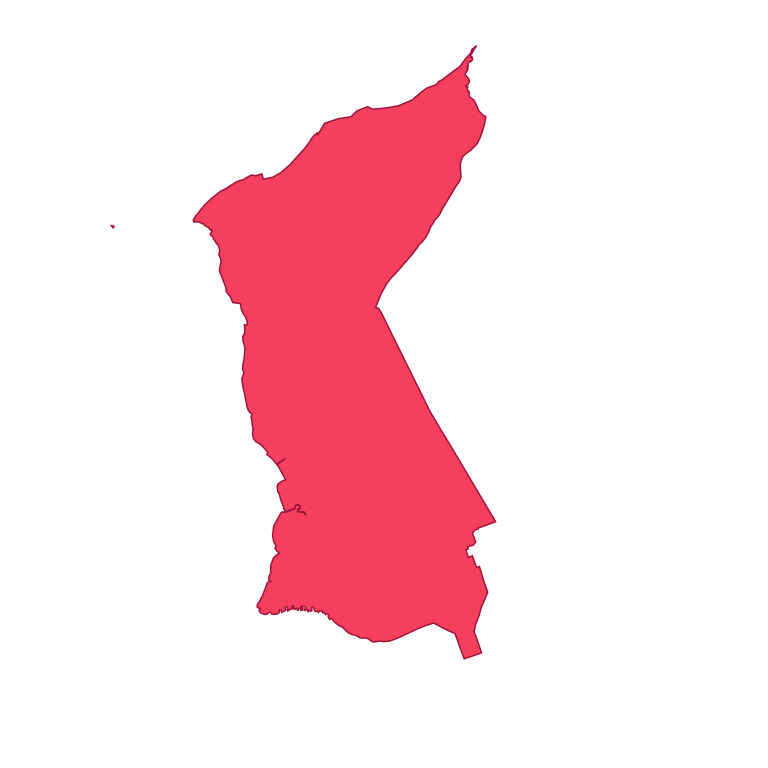 outline of Tanjung Jabung Timur, Jambi, Indonesia, rotated 250°
{"feature_id": "22746128B13468366985120", "entity_name": "Tanjung Jabung Timur", "entity_type": "district", "adm_level": 2, "iso_a3": "IDN", "parent_name": "Indonesia", "parent_adm1": "Jambi", "projection": "orthographic", "projection_center": [103.834, -1.266], "detail": "fine", "context": "isolated", "style": "filled", "palette": "rose", "viewbox_px": 768, "rotation_deg": 250, "n_neighbors": 0, "source": "geoboundaries", "source_scale": "gbopen_adm2", "svg_char_len": 6134}
<svg xmlns="http://www.w3.org/2000/svg" viewBox="0 0 768 768"><g transform="rotate(250 384 384)"><path d="M670.0,586.1L668.3,581.1L665.1,578.4L662.6,573.4L656.1,563.3L654.6,557.5L650.0,542.6L649.4,538.5L649.0,538.5L647.9,536.2L647.4,533.3L647.4,525.5L645.4,518.5L643.6,514.1L642.6,510.7L641.3,508.0L640.5,492.6L642.9,479.3L646.2,467.3L650.2,463.3L649.9,452.0L646.4,444.2L648.9,432.0L649.3,417.3L641.0,407.2L642.8,407.2L641.0,402.5L639.0,399.1L637.6,397.8L632.5,390.0L621.9,370.0L620.7,366.4L617.9,359.3L616.3,350.2L617.8,340.7L623.2,341.0L623.7,334.5L625.8,330.7L624.2,321.4L624.5,314.6L621.7,302.0L621.0,296.3L617.2,284.7L613.7,277.0L610.1,270.7L608.8,268.9L606.6,265.0L604.6,262.6L603.7,261.0L601.4,260.6L599.7,265.2L597.5,267.5L596.6,268.2L596.4,269.3L595.1,269.4L593.4,270.5L590.5,273.1L589.8,272.8L588.2,273.4L588.2,275.2L588.5,275.6L585.6,273.7L584.6,272.1L582.9,272.2L581.4,273.4L578.1,273.4L576.4,274.2L573.9,274.4L571.4,275.6L565.6,275.4L562.0,273.0L561.9,273.1L557.7,273.4L554.9,272.8L547.0,268.1L529.2,268.4L524.6,267.3L518.5,269.4L512.3,269.7L508.6,276.6L506.9,276.2L504.1,275.8L504.1,275.6L502.1,275.6L497.3,275.9L496.2,276.7L489.6,276.8L486.3,275.8L486.2,275.2L487.4,273.1L482.5,271.8L479.5,270.4L476.7,267.4L472.3,266.1L470.9,266.2L467.1,265.9L465.1,265.6L453.4,260.1L453.4,259.9L450.2,257.8L445.7,256.0L442.5,256.3L438.1,252.5L433.4,251.2L430.0,250.6L422.4,249.6L409.8,247.6L405.8,247.4L403.2,248.1L402.2,249.0L401.3,249.3L401.0,249.8L398.9,248.0L393.4,247.0L391.2,246.3L388.5,245.9L386.0,245.3L382.6,243.5L377.3,242.7L373.5,244.0L370.1,246.9L363.5,250.0L359.4,251.2L357.8,249.8L351.8,253.4L345.3,255.6L347.7,266.0L344.7,255.9L341.7,256.7L327.7,258.8L327.8,255.9L327.0,252.5L326.1,250.1L325.0,248.9L324.4,248.6L319.3,247.4L316.3,247.8L314.1,247.8L312.0,247.4L302.1,247.5L301.8,247.5L301.5,247.1L300.8,247.1L300.1,247.6L299.2,247.5L298.8,247.7L298.4,247.6L298.1,247.8L297.7,252.8L297.6,256.6L297.7,257.2L300.1,259.5L300.5,260.3L300.3,261.5L299.4,262.7L297.8,263.4L296.0,262.7L294.8,259.8L294.0,259.6L293.2,260.4L291.9,263.8L290.5,265.6L288.0,265.9L288.3,265.2L290.1,265.2L291.7,263.6L292.3,261.4L293.3,259.7L293.9,259.1L294.7,259.4L296.0,260.5L296.2,262.0L297.3,262.8L298.4,262.8L299.7,262.0L300.1,260.8L300.1,259.7L297.4,257.3L297.2,254.9L297.0,252.5L297.3,249.5L297.0,248.4L298.7,244.1L298.0,242.9L288.2,231.7L279.5,227.4L273.7,226.5L268.3,227.2L267.0,225.4L263.4,226.2L261.7,227.7L260.8,227.5L260.2,224.8L259.3,223.3L259.3,222.2L258.4,220.7L252.9,215.9L245.2,212.7L243.4,211.1L243.3,210.8L240.9,209.3L238.9,208.8L237.4,209.9L237.5,208.0L237.2,206.5L232.1,202.2L226.9,197.5L226.0,197.0L224.9,195.2L222.9,193.5L220.5,190.0L218.2,188.5L216.8,189.1L215.4,191.0L213.8,189.1L211.1,189.7L208.2,193.0L207.8,195.9L208.7,197.9L208.7,198.6L208.5,199.1L206.1,199.8L205.8,200.3L205.3,201.9L204.7,203.2L204.4,205.3L204.9,207.1L205.3,207.6L206.7,207.9L207.4,208.2L207.7,208.7L207.6,209.1L207.1,209.6L206.4,210.0L205.1,209.6L204.5,209.7L204.3,209.9L204.8,213.1L205.7,214.9L207.0,214.4L207.3,214.5L207.7,214.7L208.0,215.4L208.0,216.0L207.6,216.6L206.9,216.8L205.7,216.9L204.6,215.9L203.7,215.9L203.6,216.4L204.4,218.9L204.0,220.7L204.1,221.2L204.5,221.6L205.6,221.2L206.4,221.4L206.9,221.7L207.1,222.2L207.1,222.6L206.7,223.1L206.2,223.3L205.6,223.2L204.6,222.7L203.9,222.6L203.3,222.6L202.7,222.9L202.7,223.4L203.1,224.0L203.0,225.2L201.5,225.2L200.9,225.7L200.8,226.1L201.1,226.5L201.7,226.6L202.3,227.9L202.4,228.2L201.9,228.9L201.5,228.9L200.3,228.5L199.7,228.5L199.4,229.3L199.6,230.2L200.5,230.8L201.2,230.9L202.1,230.0L202.7,230.0L203.5,230.4L203.3,230.8L202.7,231.3L202.1,232.8L201.7,233.4L201.3,233.9L200.0,233.7L199.4,232.0L198.9,231.7L198.6,231.8L198.1,232.2L198.7,233.3L198.4,234.5L196.5,234.6L196.0,234.7L196.0,235.1L196.9,235.9L197.1,236.3L196.8,236.6L195.7,237.1L195.5,237.8L195.8,238.8L196.0,239.0L197.3,239.1L198.2,239.6L199.0,240.2L198.7,240.8L198.1,241.3L197.0,241.2L195.1,241.4L194.5,241.2L193.7,241.9L193.8,242.7L191.6,244.2L192.5,245.1L192.8,245.9L191.8,248.3L191.0,248.0L189.8,248.2L189.2,250.0L187.3,250.0L187.6,251.7L186.2,253.0L184.5,251.9L181.4,252.4L181.6,254.2L180.5,255.1L177.5,255.9L172.2,259.2L171.3,260.0L170.7,261.2L162.3,265.4L159.4,268.4L157.3,271.8L153.8,274.5L152.7,276.5L152.0,279.1L150.9,281.0L150.0,282.0L148.5,283.1L147.0,283.8L146.2,284.5L145.1,286.1L144.8,287.1L144.2,291.2L143.2,293.6L142.0,295.6L140.5,301.7L140.5,303.6L140.6,310.7L142.5,332.3L142.6,336.4L142.7,339.8L142.4,348.8L130.5,359.8L125.5,365.1L124.1,365.3L116.8,365.4L112.5,365.2L98.3,365.4L98.0,383.7L103.1,383.9L121.2,384.0L121.2,384.3L123.4,385.9L126.3,387.5L131.3,392.0L134.8,394.8L141.5,399.5L145.3,403.4L152.8,410.2L166.9,410.5L179.9,411.2L179.9,408.3L192.3,408.2L192.2,404.0L200.3,404.2L200.3,406.8L202.5,406.8L202.0,413.1L202.9,414.0L203.9,416.1L213.5,416.1L215.7,419.4L215.6,422.9L216.4,423.0L216.4,441.8L307.2,424.7L321.9,421.7L342.2,417.9L430.1,408.2L451.0,406.0L454.8,405.2L456.8,405.0L458.9,402.1L460.0,403.4L469.9,412.3L477.9,421.5L479.4,424.2L481.2,426.8L483.7,432.2L495.8,454.2L499.7,460.4L501.9,463.3L503.4,465.5L504.3,468.2L507.6,473.5L511.5,477.8L515.6,481.5L518.6,485.5L520.6,487.7L522.7,491.8L525.0,495.1L528.2,498.3L546.0,520.3L548.8,524.5L552.1,527.1L563.8,530.6L567.0,532.4L570.4,535.5L571.1,536.6L572.4,539.9L574.5,546.6L577.8,553.5L582.1,558.1L587.8,562.9L594.3,567.6L599.8,570.8L600.8,571.1L601.5,570.0L602.3,569.2L607.4,566.9L609.6,566.4L614.1,566.3L619.7,565.7L624.1,563.0L625.2,562.5L626.3,562.6L628.0,563.6L629.3,563.9L630.1,563.7L630.8,562.9L631.1,563.2L632.4,563.0L634.7,564.4L634.7,563.5L635.6,562.7L636.1,562.9L636.7,564.0L636.8,565.5L637.3,565.8L638.4,567.4L639.7,567.9L642.3,567.8L646.4,566.2L647.6,566.4L649.5,568.7L651.4,570.7L651.7,570.9L651.9,570.6L653.0,570.2L653.5,570.3L653.8,570.5L654.0,571.0L653.6,571.8L656.7,572.4L657.3,573.7L657.3,575.7L658.2,576.0L658.0,576.6L657.6,577.0L658.3,577.9L659.6,578.5L660.7,578.5L661.3,577.2L661.5,578.4L663.2,577.7L664.1,578.4L664.7,579.9L668.1,583.5L668.8,585.0L669.8,586.1L670.0,586.1ZM623.4,182.8L623.7,183.7L623.9,183.9L625.0,184.0L625.4,183.7L625.4,183.0L626.0,181.9L623.4,182.8Z" fill="#f43f5e" stroke="#9f1239" stroke-width="1.5"/></g></svg>